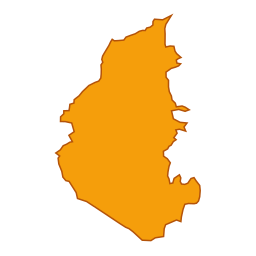 Riozinho, Rio Grande do Sul, Brazil (Natural Earth projection)
{"feature_id": "56859067B78422822608746", "entity_name": "Riozinho", "entity_type": "district", "adm_level": 2, "iso_a3": "BRA", "parent_name": "Brazil", "parent_adm1": "Rio Grande do Sul", "projection": "natural_earth1", "projection_center": [-50.384, -29.607], "detail": "fine", "context": "isolated", "style": "filled", "palette": "amber", "viewbox_px": 256, "rotation_deg": 0, "n_neighbors": 0, "source": "geoboundaries", "source_scale": "gbopen_adm2", "svg_char_len": 1865}
<svg xmlns="http://www.w3.org/2000/svg" viewBox="0 0 256 256"><path d="M198.5,201.0L199.7,196.8L200.2,190.6L199.7,185.5L196.0,180.7L194.0,177.6L191.0,178.5L187.8,183.2L184.8,184.4L181.5,184.0L180.2,181.4L180.8,177.9L179.4,174.8L174.1,178.4L172.8,183.0L169.9,183.6L169.0,178.9L167.6,176.0L168.0,171.8L169.0,166.4L170.3,162.8L167.3,158.7L163.6,156.2L163.4,151.3L167.6,148.9L169.0,146.3L171.1,145.2L173.3,141.6L176.1,139.7L173.8,137.7L177.1,133.2L175.8,129.9L179.4,129.2L185.7,131.1L184.0,127.0L187.0,123.0L180.0,122.3L173.4,118.8L172.4,114.6L171.5,110.8L178.7,109.4L185.1,111.3L189.2,109.8L185.2,107.2L182.1,106.0L176.3,106.8L175.3,103.2L172.0,99.9L171.4,96.0L169.3,91.7L168.5,86.9L168.5,80.3L166.1,77.3L166.0,72.1L171.2,68.4L175.3,67.2L178.6,65.9L180.6,63.8L176.9,63.1L176.3,60.0L178.5,58.5L181.0,57.5L176.6,53.6L175.0,51.1L173.9,46.3L170.1,46.0L165.8,47.0L165.0,44.2L165.1,33.9L164.8,28.6L165.8,24.4L171.4,15.4L162.7,19.8L154.5,19.2L153.0,21.5L152.9,25.0L150.3,27.1L146.7,28.0L145.2,30.5L142.6,30.4L139.3,31.3L135.2,33.8L130.8,35.3L126.0,37.1L123.8,40.1L118.0,40.6L114.3,40.8L112.2,39.3L110.6,41.9L108.9,45.5L104.3,53.1L102.6,56.1L101.8,59.4L102.8,62.3L101.0,64.9L101.3,69.2L101.2,74.1L100.8,78.1L98.7,81.1L95.1,82.4L88.9,85.5L82.6,91.5L79.0,95.9L74.2,99.6L73.9,103.1L69.9,104.3L69.5,107.6L69.0,110.6L63.8,110.8L63.8,113.8L60.6,116.8L60.5,121.5L65.3,121.6L71.7,123.0L74.2,131.7L68.9,135.3L72.4,141.7L69.9,142.2L66.4,144.3L63.2,145.7L60.3,149.9L55.8,153.0L59.7,156.0L58.1,158.1L58.8,163.9L61.8,171.3L62.9,177.1L65.8,180.6L69.1,181.4L76.2,192.6L77.5,198.5L86.6,201.5L101.8,211.5L119.5,223.3L125.6,227.2L129.1,228.7L133.1,231.8L142.2,240.2L150.9,240.6L155.3,237.8L163.6,236.5L164.2,228.7L165.6,224.7L176.5,220.0L180.9,221.6L181.4,216.9L183.0,209.5L184.8,204.3L188.5,203.5L194.1,203.7L196.5,203.2L198.5,201.0Z" fill="#f59e0b" stroke="#b45309" stroke-width="1.5"/></svg>